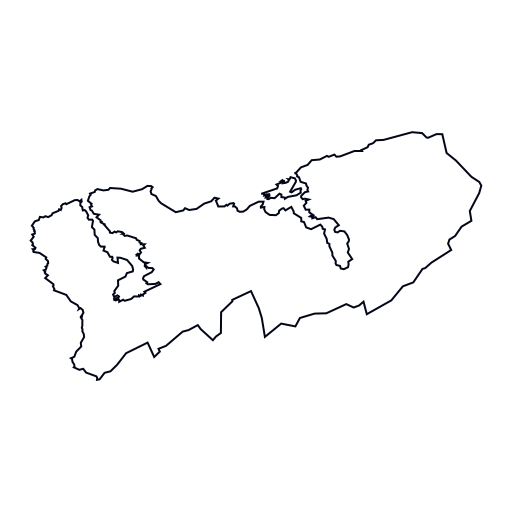 Halsa nor, Møre og Romsdal, Norway
{"feature_id": "86288312B43880270832618", "entity_name": "Halsa nor", "entity_type": "district", "adm_level": 2, "iso_a3": "NOR", "parent_name": "Norway", "parent_adm1": "Møre og Romsdal", "projection": "mercator", "projection_center": [8.399, 63.103], "detail": "fine", "context": "isolated", "style": "outline", "palette": "ink", "viewbox_px": 512, "rotation_deg": 0, "n_neighbors": 0, "source": "geoboundaries", "source_scale": "gbopen_adm2", "svg_char_len": 5972}
<svg xmlns="http://www.w3.org/2000/svg" viewBox="0 0 512 512"><path d="M442.3,134.2L436.5,134.1L428.0,137.8L426.5,137.5L422.1,133.1L412.1,132.2L383.6,139.9L376.0,140.3L373.1,143.2L368.8,144.7L367.6,147.2L361.3,150.1L361.9,151.0L354.4,151.0L340.1,156.4L336.4,156.7L334.4,154.6L328.7,156.8L327.0,155.9L319.8,159.5L311.7,160.2L307.6,164.9L300.9,167.4L296.1,172.7L294.5,173.1L296.0,173.4L297.3,175.4L297.1,176.4L299.0,177.3L300.6,181.8L306.0,183.5L306.4,185.5L308.0,187.7L307.4,189.9L308.1,191.5L304.9,192.2L301.2,195.9L301.1,197.3L302.7,199.2L304.8,198.7L308.7,199.5L305.6,200.9L306.4,202.8L303.8,205.7L305.7,209.7L309.3,209.6L309.3,212.4L313.7,215.4L313.0,216.9L310.7,215.9L310.0,216.4L312.1,216.8L312.3,218.3L315.6,217.2L317.2,219.2L328.6,217.6L333.7,219.1L338.8,225.2L335.3,227.5L334.3,229.8L335.1,231.9L337.6,232.4L340.0,230.8L344.4,231.4L347.2,235.1L349.0,239.5L348.7,241.5L347.2,243.5L349.0,248.9L347.8,252.5L352.2,259.1L348.3,261.7L348.6,264.4L348.0,267.2L343.8,269.2L340.8,268.5L340.0,265.9L336.4,265.0L335.6,263.5L335.8,261.0L332.4,255.5L332.3,252.6L329.4,246.3L329.4,243.9L327.2,242.8L326.7,238.9L324.1,233.6L325.0,229.4L322.7,228.8L322.3,226.7L320.3,224.6L311.1,229.2L306.2,227.4L304.0,222.0L301.3,221.4L301.2,217.9L293.8,213.3L293.7,211.5L291.3,206.9L285.4,210.4L283.6,208.2L282.2,208.5L279.1,210.7L278.8,213.1L275.9,215.2L269.6,214.9L265.6,212.1L264.2,209.3L264.4,207.0L260.9,207.6L260.8,206.5L262.7,204.5L263.5,201.7L258.6,201.7L249.8,205.9L246.9,209.3L243.3,211.6L239.8,211.8L237.6,210.8L237.0,208.3L235.0,206.5L233.2,206.4L234.1,203.6L233.4,203.1L229.7,203.7L227.4,205.6L226.4,204.8L224.5,206.4L218.3,206.5L215.9,200.6L218.4,198.6L214.5,197.7L211.2,201.3L204.2,203.6L196.6,208.9L189.2,210.0L185.0,208.2L183.3,210.4L175.8,212.2L161.3,203.4L158.7,200.9L155.9,196.0L151.4,194.0L150.6,191.3L151.5,189.5L151.4,188.4L152.6,187.2L151.2,186.1L147.4,185.9L142.1,189.2L132.6,191.7L120.9,188.7L110.1,188.0L108.4,189.8L103.4,190.4L97.4,189.1L95.2,190.4L94.7,192.0L90.0,193.6L90.7,194.8L89.3,196.5L87.9,200.8L91.6,203.8L91.0,204.7L92.0,206.4L89.6,207.2L90.5,210.0L91.9,210.6L93.8,213.8L99.0,214.7L96.5,217.3L100.5,220.2L100.5,221.3L101.6,221.8L101.0,222.5L104.4,224.2L104.0,224.5L109.9,231.3L109.9,232.6L112.5,233.1L114.5,231.6L116.1,232.4L117.8,231.3L122.1,232.1L123.3,233.2L122.4,233.8L123.9,233.9L123.6,234.8L124.7,235.9L127.3,235.5L136.1,238.3L136.7,239.8L139.6,241.0L139.6,242.5L141.5,243.2L141.0,244.2L144.6,244.3L143.4,245.5L144.8,247.8L140.7,248.8L139.7,250.3L141.0,252.4L139.4,254.6L137.9,255.1L138.6,254.1L137.8,253.7L136.5,254.8L139.1,256.3L139.0,258.5L143.7,262.3L147.7,262.9L145.0,264.2L144.7,266.0L145.7,267.1L145.3,265.3L148.3,267.9L152.4,268.1L153.7,269.5L151.7,272.2L144.0,276.2L143.0,278.4L143.3,279.5L147.2,282.2L146.4,283.2L147.9,284.3L155.4,283.9L158.6,282.2L160.4,284.1L144.4,291.7L145.4,292.9L142.9,294.5L142.9,295.5L141.0,294.6L140.6,295.9L139.0,295.3L139.0,296.5L134.1,296.4L131.1,299.0L124.6,300.8L123.2,299.7L119.2,301.8L119.2,300.0L118.5,299.5L115.5,300.4L114.4,300.0L114.7,298.9L113.1,299.3L118.5,297.7L119.0,296.5L117.5,295.4L114.1,296.9L113.1,294.5L114.8,292.9L114.3,291.1L118.2,285.7L118.0,280.3L125.4,276.6L126.9,273.1L132.8,271.4L133.1,269.4L132.2,266.0L127.1,260.0L120.5,257.8L117.5,257.6L118.0,262.9L113.3,261.3L111.9,259.8L112.6,258.0L112.2,256.8L110.0,256.8L107.4,252.2L103.5,250.6L104.5,247.0L105.4,246.6L100.9,246.6L99.1,244.9L98.0,241.7L97.8,238.1L94.7,234.9L94.4,229.6L91.9,227.1L93.0,220.9L92.3,219.7L88.9,219.7L87.5,217.8L88.2,215.3L86.2,211.5L84.6,210.0L82.8,210.4L82.2,207.0L80.3,205.4L80.4,202.9L81.7,201.6L81.4,199.8L79.6,201.4L77.6,200.0L74.9,200.1L66.3,204.2L65.5,203.3L62.8,204.2L61.1,206.1L61.6,208.0L60.8,210.0L59.1,209.3L58.6,210.8L52.6,213.3L51.6,215.2L48.2,217.1L45.3,216.2L43.5,217.4L39.9,216.9L38.8,220.0L34.8,221.4L31.9,225.7L33.7,227.8L33.5,228.9L34.5,230.2L34.1,231.0L34.8,231.5L34.8,233.6L32.2,234.5L33.7,236.8L30.7,240.6L32.6,242.5L32.9,244.3L32.3,245.1L35.5,247.8L35.1,248.9L32.8,249.2L33.7,250.2L33.2,251.1L33.6,252.0L39.5,252.9L46.3,257.4L45.7,258.9L48.0,261.1L48.2,263.2L47.4,264.0L47.3,265.7L45.6,266.7L46.5,267.7L45.8,269.6L43.8,270.3L45.3,271.9L44.8,272.8L45.4,273.7L47.9,275.3L45.2,278.1L53.4,284.2L53.5,285.5L52.9,286.2L54.4,289.1L54.0,290.3L66.3,294.9L70.8,301.4L77.5,305.1L79.3,308.2L78.9,309.1L80.5,308.1L82.7,309.9L83.4,312.8L81.4,316.1L82.0,316.2L81.8,317.1L81.0,317.1L81.1,315.8L80.7,317.3L82.4,320.0L82.3,326.1L81.8,327.8L82.5,329.4L82.4,331.4L83.8,334.1L84.1,337.1L80.8,342.8L81.2,346.5L76.2,351.7L74.3,356.8L71.0,358.2L72.0,358.8L72.5,361.9L74.2,364.4L74.5,366.5L73.8,367.3L79.3,369.8L83.2,368.8L86.1,372.6L96.5,376.4L97.2,378.0L97.0,379.8L99.6,379.3L104.6,372.8L110.5,371.3L117.1,364.8L126.1,353.2L147.6,342.6L154.2,357.0L159.8,351.6L158.5,348.8L166.1,345.8L182.7,331.6L188.5,330.1L197.8,325.1L200.7,329.1L212.9,340.2L216.0,336.5L220.9,333.0L221.1,312.2L232.4,301.3L232.2,299.9L251.0,291.1L258.8,308.2L261.8,318.0L264.9,336.9L281.2,323.6L295.4,326.4L299.9,318.0L314.6,313.6L326.3,313.3L346.3,304.1L353.6,307.5L359.1,305.5L363.5,301.7L366.8,314.2L391.3,300.4L402.9,286.3L413.3,282.4L422.5,268.9L425.2,268.1L431.3,262.7L451.2,250.0L448.1,243.7L449.4,239.6L455.1,236.0L461.6,226.6L471.4,220.8L469.8,211.0L479.2,193.1L481.3,185.6L479.3,182.0L471.4,176.8L455.9,160.5L446.6,153.0L442.3,134.2ZM294.8,178.3L290.5,177.2L289.6,179.3L288.3,179.2L289.0,179.8L288.0,181.8L285.8,182.8L283.2,183.2L284.2,181.5L284.0,180.9L283.1,180.9L282.4,180.1L282.2,180.2L280.8,181.3L282.0,181.5L281.5,182.5L276.5,184.5L278.0,185.9L277.2,188.4L261.3,193.8L264.0,193.7L264.0,194.6L265.2,195.0L264.7,195.6L266.5,195.5L265.8,197.4L267.3,196.9L266.9,195.8L267.6,195.6L267.0,194.4L269.2,194.2L269.5,195.7L267.4,197.8L267.3,199.0L268.6,199.2L270.7,197.8L274.6,198.2L279.5,193.7L281.4,194.6L281.4,197.1L284.6,197.5L284.9,198.8L287.8,196.9L296.5,195.3L300.7,192.7L300.5,190.7L301.2,189.0L300.8,188.2L295.2,189.7L291.6,192.4L290.1,191.7L295.8,181.9L296.0,180.6L294.8,178.3Z" fill="none" stroke="#020617" stroke-width="2"/></svg>